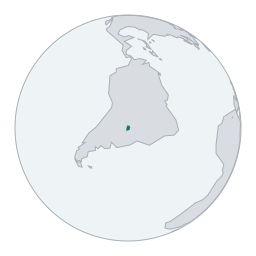 globe centered on Amambay, rotated 40°
{"feature_id": "PRY-615", "entity_name": "Amambay", "entity_type": "Department", "adm_level": 1, "iso_a3": "PRY", "parent_name": "Paraguay", "parent_adm1": "", "projection": "orthographic", "projection_center": [-56.215, -22.97], "detail": "fine", "context": "on_globe", "style": "filled", "palette": "teal", "viewbox_px": 256, "rotation_deg": 40, "n_neighbors": 0, "source": "natural_earth", "source_scale": "10m", "svg_char_len": 4652}
<svg xmlns="http://www.w3.org/2000/svg" viewBox="0 0 256 256"><g transform="rotate(40 128 128)"><circle cx="128" cy="128" r="113" fill="#eef3f6" stroke="#a8b0b8"/><path d="M96.9,19.7L94.3,20.5L91.9,21.4L92.0,21.6L99.7,20.3L98.6,21.2L99.6,21.9L101.9,20.9L101.9,20.1L106.4,18.8L105.9,18.2L107.6,17.7L108.5,17.2L112.2,16.7L115.4,16.5L114.9,17.1L116.2,17.2L119.9,16.4L121.9,17.4L128.5,18.6L128.6,19.1L123.2,20.2L115.3,20.6L108.2,23.3L116.7,21.1L116.8,23.0L118.5,23.3L120.7,23.1L122.2,22.3L123.1,23.0L115.0,25.1L114.1,24.5L116.7,23.7L112.9,24.0L107.5,26.1L108.0,27.2L99.3,30.0L99.5,31.0L97.7,32.3L97.9,30.5L97.4,34.0L87.2,39.9L86.3,47.5L82.9,42.5L79.2,42.7L74.4,44.2L74.1,45.3L68.3,46.4L62.2,50.9L58.8,58.1L59.9,62.5L66.6,60.5L69.1,56.8L74.3,54.8L69.4,64.0L78.3,63.0L76.8,69.8L79.2,72.8L84.0,70.9L88.8,71.7L92.6,67.2L98.5,64.3L98.3,69.8L101.9,64.4L105.0,66.7L117.1,65.7L116.1,67.0L126.2,73.5L137.6,76.7L140.2,81.2L138.8,83.8L142.9,84.9L143.0,86.7L159.5,91.0L168.1,97.0L168.0,103.7L161.1,110.6L155.5,127.4L143.2,132.2L140.6,139.5L131.9,150.3L124.4,149.4L127.1,155.1L123.4,158.6L118.6,159.0L118.3,163.1L114.9,163.4L117.5,166.0L112.8,171.8L115.2,176.3L112.1,181.2L113.8,183.8L112.2,183.9L110.8,185.1L111.0,186.6L105.9,184.5L103.3,178.5L104.3,175.2L102.3,175.0L104.4,166.8L102.5,168.6L101.2,157.2L103.0,147.8L102.4,122.9L99.7,118.5L91.1,114.2L80.6,99.5L83.0,92.6L80.9,90.0L87.9,80.1L86.3,72.7L83.9,72.0L81.4,75.3L73.5,72.4L71.1,67.6L49.4,67.1L47.8,65.7L48.7,61.7L46.3,53.9L45.1,63.0L43.2,62.3L42.7,59.6L44.2,57.9L45.4,53.6L44.4,53.5L48.3,48.4L49.3,47.4L55.2,42.1L61.4,37.1L68.0,32.7L74.9,28.7L82.0,25.2L89.3,22.2L96.9,19.7ZM85.2,50.5L95.4,52.8L89.1,54.3L90.4,53.3L87.9,52.1L83.1,51.5L77.7,53.6L85.2,50.5ZM90.9,45.0L89.1,45.1L90.9,44.7L90.9,45.0ZM106.4,17.6L107.4,17.4L106.7,17.6L106.4,17.6ZM105.8,17.6L104.2,18.0L103.7,18.1L104.7,17.8L105.8,17.6ZM106.6,17.4L107.8,17.2L103.0,18.2L102.1,18.4L102.4,18.3L106.6,17.4ZM114.8,189.3L106.5,185.5L111.0,187.1L113.3,184.4L118.0,187.5L114.8,189.3ZM122.0,182.5L125.1,181.1L126.1,181.9L124.2,183.0L122.0,182.5ZM202.2,43.3L201.0,42.3L198.8,40.8L201.2,45.4L198.7,44.6L194.2,41.9L188.0,35.2L194.2,37.7L192.1,35.9L186.3,32.1L188.7,33.3L187.1,32.2L188.9,33.3L188.4,33.0L195.5,37.8L202.2,43.3ZM236.3,159.1L235.6,161.4L234.0,163.8L230.8,171.6L229.5,172.2L227.1,176.3L224.2,179.2L220.5,180.8L217.9,176.5L220.4,172.4L223.1,162.8L227.9,141.9L231.4,134.8L232.3,128.2L230.1,111.4L230.8,104.6L229.5,100.7L227.3,99.8L225.5,95.2L223.9,94.1L211.8,90.9L206.4,84.5L195.9,68.4L196.9,63.8L194.1,57.8L198.3,44.6L202.5,47.2L209.6,50.7L211.1,52.2L213.9,55.8L222.1,66.1L222.0,65.9L226.2,72.8L229.9,80.0L233.1,87.5L235.7,95.1L237.8,103.0L239.3,110.9L240.3,119.0L240.6,127.1L240.4,135.2L239.6,143.3L238.2,151.3L236.3,159.1ZM200.8,52.0L201.6,53.6L200.8,52.0ZM117.5,65.6L118.9,66.7L116.9,66.8L117.5,65.6ZM88.0,56.5L90.3,56.2L91.4,56.8L89.6,57.4L88.0,56.5ZM107.8,54.1L110.6,54.4L107.6,55.0L107.8,54.1ZM97.1,53.1L105.6,54.2L99.9,56.2L94.5,55.7L98.4,54.8L97.1,53.1ZM89.3,47.9L90.7,47.9L90.1,48.9L89.3,47.9ZM92.3,44.8L91.7,45.0L91.1,44.4L92.3,44.8ZM117.3,22.9L118.0,22.7L120.2,22.7L118.9,23.1L117.3,22.9ZM131.2,21.2L132.2,22.5L130.6,21.7L129.1,22.3L123.8,21.6L128.4,19.4L127.3,20.4L131.2,21.2ZM118.0,20.6L120.8,21.0L117.5,20.7L118.0,20.6ZM176.3,26.3L178.4,27.3L179.9,28.1L178.3,27.7L176.2,26.4L176.3,26.3ZM187.2,32.2L187.5,32.4L183.6,30.4L183.9,30.3L181.9,29.2L181.1,28.7L179.0,27.6L187.2,32.2ZM123.5,15.4L121.6,15.6L118.7,15.7L120.6,15.8L117.2,16.0L118.8,16.1L112.6,16.4L109.6,16.9L113.7,16.3L114.4,16.2L123.5,15.4ZM142.0,16.2L141.2,16.1L140.0,16.2L140.5,16.7L135.6,16.2L132.0,15.6L129.8,15.4L142.0,16.2ZM213.3,54.4L213.6,54.8L210.6,51.5L211.3,52.2L211.6,52.5L213.3,54.4ZM204.7,45.7L205.1,45.9L207.7,48.6L206.9,47.9L204.7,45.7ZM203.0,44.0L204.9,45.7L203.4,44.4L203.0,44.0ZM228.1,179.7L228.5,178.9L231.0,173.6L231.4,172.8L228.1,179.7Z" fill="#d9dde1" stroke="#a8b0b8" stroke-width="1"/><path d="M127.6,126.2L127.7,126.3L127.8,126.4L127.8,126.5L128.0,126.6L128.3,126.7L128.5,126.7L128.7,126.8L128.8,126.8L128.8,127.1L128.9,127.3L129.0,127.3L129.1,127.5L129.0,127.8L129.1,128.0L129.1,128.3L129.2,128.5L129.2,128.8L129.3,128.8L129.2,129.0L129.1,129.3L128.9,129.4L128.7,129.6L128.4,129.7L128.4,129.8L128.3,129.7L128.4,129.4L128.5,129.3L128.5,129.2L128.3,129.1L128.2,129.3L128.2,129.2L128.3,128.9L128.2,128.8L128.3,128.8L128.3,128.7L128.2,128.7L127.9,128.7L128.0,128.5L128.0,128.4L128.2,128.2L127.9,127.5L127.8,127.4L127.8,127.5L127.7,127.5L127.5,127.8L127.4,127.8L127.2,127.8L127.2,127.7L127.1,127.4L127.1,127.2L127.3,126.8L126.9,126.7L127.0,126.6L127.3,126.5L127.4,126.4L127.5,126.3L127.6,126.2Z" fill="#14b8a6" stroke="#0f766e" stroke-width="1.5"/></g></svg>